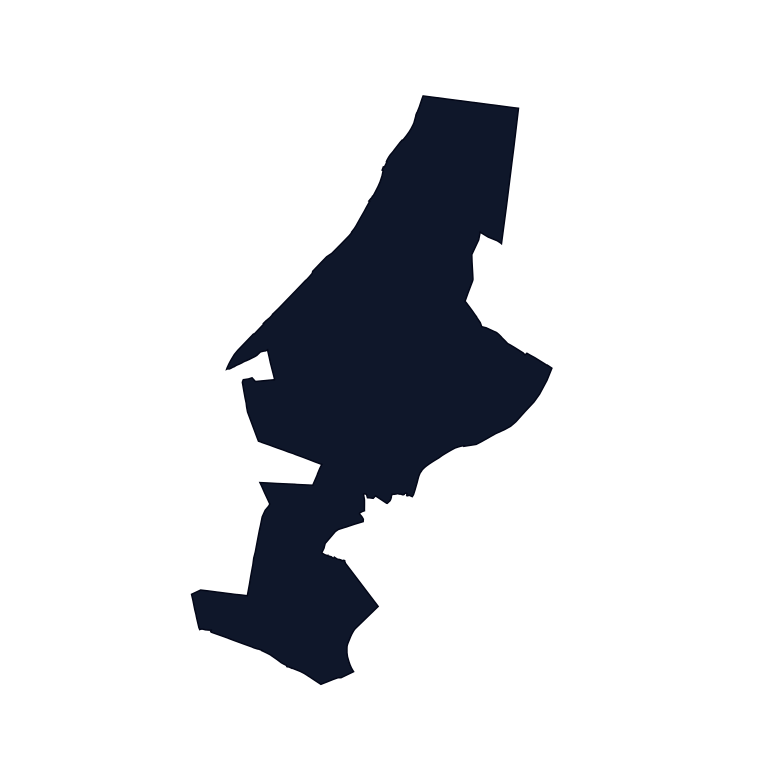 outline of Sērenes pag., Jaunjelgavas, Latvia, rotated 109°
{"feature_id": "27541924B63753357027447", "entity_name": "Sērenes pag.", "entity_type": "district", "adm_level": 2, "iso_a3": "LVA", "parent_name": "Latvia", "parent_adm1": "Jaunjelgavas", "projection": "orthographic", "projection_center": [25.194, 56.571], "detail": "fine", "context": "isolated", "style": "filled", "palette": "ink", "viewbox_px": 768, "rotation_deg": 109, "n_neighbors": 0, "source": "geoboundaries", "source_scale": "gbopen_adm2", "svg_char_len": 6059}
<svg xmlns="http://www.w3.org/2000/svg" viewBox="0 0 768 768"><g transform="rotate(109 384 384)"><path d="M660.4,324.9L657.8,326.9L653.8,329.7L650.2,331.5L646.2,332.9L644.2,333.5L642.6,333.7L640.6,333.7L637.0,333.5L633.3,333.3L630.6,333.0L627.9,332.5L626.2,332.1L624.8,331.6L596.2,317.1L566.1,362.1L565.1,362.8L564.4,363.6L563.8,363.7L563.8,364.7L564.3,365.6L564.9,366.1L564.6,366.4L564.5,367.2L564.3,367.5L564.4,368.2L564.4,369.2L564.7,370.0L564.7,370.9L564.8,371.4L564.6,371.9L564.3,373.2L563.9,374.6L565.0,374.8L565.2,375.3L565.1,376.2L564.6,377.3L564.5,377.8L564.9,378.6L564.5,379.1L564.7,379.8L564.9,380.5L564.5,381.0L564.3,381.2L564.7,381.4L564.7,384.4L564.0,387.6L563.6,387.8L562.9,387.8L562.2,387.7L560.8,387.5L559.0,387.3L558.4,387.3L557.7,387.4L553.9,387.7L539.4,382.0L536.4,379.8L529.3,370.3L526.3,366.4L520.9,358.9L518.6,359.5L517.0,361.3L516.3,362.3L515.9,363.0L515.5,363.7L515.2,364.3L514.8,364.9L514.7,364.9L513.8,364.9L513.6,364.7L512.0,363.4L510.9,362.1L510.7,361.9L510.2,361.2L509.2,361.6L504.1,363.3L499.8,364.8L494.9,367.5L494.0,366.3L494.1,364.6L496.9,362.6L496.3,360.5L495.6,357.0L492.5,355.6L493.0,353.8L495.9,342.7L495.8,342.1L492.4,340.3L490.5,340.1L488.9,340.2L488.9,340.5L487.2,340.5L487.1,340.4L485.7,340.6L485.6,340.2L485.3,339.5L485.1,338.8L484.8,338.1L484.0,336.7L483.8,336.2L483.5,335.9L483.3,335.5L483.1,334.9L483.1,334.4L483.2,333.9L482.8,332.9L482.6,331.4L482.7,331.0L482.7,330.8L482.7,330.5L482.6,330.1L482.4,329.6L482.2,329.3L481.7,328.9L481.2,329.1L480.8,328.9L480.7,328.7L480.2,327.9L479.9,327.2L479.9,326.9L480.2,326.5L480.6,326.5L481.2,326.4L481.8,326.4L482.2,326.0L482.0,325.3L481.8,325.0L481.0,323.9L481.3,320.6L479.0,320.1L474.4,320.2L466.6,320.6L461.7,321.0L459.4,321.1L457.8,321.0L456.3,320.9L454.4,320.3L452.6,319.9L449.6,318.4L447.5,317.1L444.8,315.2L441.3,312.5L438.6,310.3L436.0,308.1L432.7,305.8L430.0,303.6L426.7,300.8L424.1,298.5L421.4,296.0L419.4,293.4L417.6,290.8L416.3,288.4L416.9,288.2L411.1,277.2L406.8,273.1L394.6,262.3L387.9,255.2L382.7,250.5L376.7,247.0L363.9,241.6L352.3,236.4L342.9,233.6L327.5,231.1L314.4,230.4L313.2,234.8L313.2,235.0L313.0,235.7L313.3,235.8L312.5,239.0L311.3,244.3L310.0,250.0L309.2,254.9L308.4,258.9L310.4,260.0L310.6,260.2L309.3,262.5L307.0,272.4L306.0,277.2L305.5,280.3L303.9,283.3L301.9,287.5L301.2,288.6L299.7,291.7L299.4,292.5L298.9,293.9L298.8,294.0L297.6,305.7L298.0,310.3L297.2,310.9L294.6,313.0L291.0,317.8L290.3,318.4L289.5,319.6L289.4,319.8L285.6,325.0L280.0,333.2L279.5,334.3L270.8,334.2L258.4,333.8L257.2,333.8L256.0,334.0L251.7,335.7L240.2,340.4L233.1,343.1L232.9,343.1L216.9,341.4L209.1,342.5L209.3,341.9L209.8,339.5L210.2,337.7L211.2,333.1L211.2,332.2L211.7,323.5L212.7,319.6L213.1,318.6L176.0,326.1L131.8,335.4L126.0,336.6L120.7,337.7L116.9,338.5L109.1,340.2L109.0,340.3L108.5,340.3L79.5,346.6L80.3,350.2L98.5,438.8L98.9,440.8L102.0,440.9L110.6,440.8L116.5,441.1L116.8,441.3L119.5,441.4L119.9,441.2L127.4,440.7L129.6,440.9L133.8,441.5L137.8,442.4L142.4,443.8L147.4,445.6L147.4,446.2L150.2,447.4L159.6,450.6L161.0,451.0L165.0,452.6L167.9,453.4L171.3,454.0L173.0,454.1L173.0,453.5L178.9,454.3L178.9,455.3L182.4,455.4L182.4,454.3L187.8,453.6L194.2,453.5L199.1,453.9L205.5,454.8L209.3,455.4L210.1,456.0L212.4,456.3L212.7,456.7L216.0,457.9L216.2,457.0L223.3,458.3L227.2,458.9L235.6,460.5L239.6,461.2L243.5,461.9L246.5,462.6L251.0,464.1L251.2,463.7L255.1,465.2L264.9,469.8L277.5,475.9L282.3,479.6L289.1,482.8L300.6,488.1L302.8,487.9L307.6,489.8L311.8,491.7L311.7,491.9L320.4,495.9L327.7,499.3L335.2,502.8L347.2,508.4L354.4,512.1L354.6,511.8L358.6,513.6L362.4,516.0L366.1,517.8L366.4,517.2L379.1,523.0L379.2,523.7L399.7,533.2L404.8,535.1L410.3,536.3L413.1,536.8L415.8,537.2L420.0,537.6L421.3,537.6L420.8,537.1L420.6,536.8L420.5,536.5L420.5,536.3L420.1,535.1L419.8,534.7L419.2,534.2L418.6,533.5L417.6,532.7L417.3,532.4L417.0,532.0L416.8,531.7L416.1,531.0L415.3,530.4L415.0,530.2L413.8,529.0L412.2,527.2L410.1,525.1L409.2,524.4L407.5,522.7L407.2,522.2L405.9,520.8L404.8,519.6L402.4,517.3L400.2,515.1L399.1,514.2L398.4,513.6L393.9,511.3L392.0,508.4L391.3,506.9L390.5,506.0L389.5,505.2L391.0,504.4L396.3,501.1L400.8,498.4L412.2,490.9L415.4,488.9L415.6,488.9L416.7,491.4L420.3,499.3L423.5,506.4L421.1,510.8L423.3,513.7L425.6,518.1L425.7,518.4L426.2,518.5L428.4,518.5L429.3,518.1L430.0,517.4L430.1,517.6L436.5,514.1L442.4,510.8L446.9,508.1L450.3,506.5L454.9,503.9L466.7,494.2L470.7,490.9L475.7,486.8L478.9,484.1L478.9,481.9L478.9,481.3L479.0,480.7L479.0,475.9L479.0,473.9L479.0,471.9L479.1,469.1L479.2,463.7L479.2,457.4L479.4,452.3L479.3,447.3L479.5,444.6L479.6,437.0L479.9,428.5L480.1,424.3L480.2,419.3L480.3,416.6L484.6,417.2L490.8,417.6L491.6,417.5L502.9,418.4L507.4,433.7L507.9,435.9L509.9,442.6L512.1,450.1L512.8,452.4L514.7,459.2L517.6,469.2L520.2,466.6L525.5,461.7L534.6,452.9L536.9,453.2L537.2,453.4L537.4,453.4L542.0,455.2L544.9,455.5L549.3,455.9L558.2,454.7L562.7,454.2L571.8,452.9L580.0,451.7L584.7,451.0L591.0,450.5L598.3,449.0L599.3,448.9L609.7,447.3L617.3,446.0L628.7,444.3L629.8,449.6L631.0,454.7L631.2,455.2L631.2,455.5L631.5,456.7L632.5,461.8L632.7,462.6L634.5,471.4L635.0,473.6L635.7,477.2L636.9,483.0L638.5,490.3L639.8,491.6L645.5,497.5L650.8,494.2L655.1,491.7L658.7,489.6L659.5,489.1L663.2,486.7L664.8,485.8L666.8,484.6L674.6,479.7L676.2,478.3L675.9,478.0L675.5,477.5L675.4,477.2L675.0,476.4L674.8,475.6L674.7,474.8L674.7,474.4L674.6,473.3L674.6,473.0L674.2,471.4L674.0,470.6L673.6,469.1L673.1,467.5L673.0,467.2L674.6,467.2L674.9,466.3L675.0,452.5L675.3,442.8L675.4,437.6L675.4,437.2L675.5,432.0L675.6,423.5L675.8,421.3L675.7,417.2L675.5,416.7L675.5,416.3L675.5,414.2L675.5,413.5L675.6,412.5L675.9,412.6L676.0,411.5L676.5,407.2L677.1,403.0L677.4,402.3L679.3,395.5L681.0,390.3L681.5,387.4L681.8,384.9L682.9,383.7L682.5,381.7L682.8,378.7L682.6,378.7L682.6,377.9L682.8,373.8L683.0,369.5L683.6,365.3L684.3,362.3L684.9,360.1L685.2,358.6L685.6,357.2L686.8,352.6L688.5,345.9L682.5,338.9L679.9,335.9L676.7,331.9L675.7,329.0L674.7,328.0L674.6,327.9L665.9,319.1L664.6,320.7L663.0,322.5L660.4,324.9Z" fill="#0f172a" stroke="#020617" stroke-width="1.5"/></g></svg>